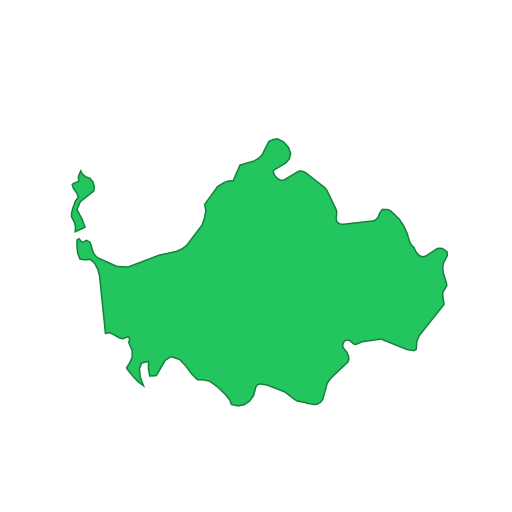 Sassari, Albers equal-area conic projection, rotated 331°
{"feature_id": "ITA-5374", "entity_name": "Sassari", "entity_type": "Province", "adm_level": 1, "iso_a3": "ITA", "parent_name": "Italy", "parent_adm1": "", "projection": "albers", "projection_center": [8.617, 40.716], "detail": "fine", "context": "isolated", "style": "filled", "palette": "green", "viewbox_px": 512, "rotation_deg": 331, "n_neighbors": 0, "source": "natural_earth", "source_scale": "10m", "svg_char_len": 2615}
<svg xmlns="http://www.w3.org/2000/svg" viewBox="0 0 512 512"><g transform="rotate(331 256 256)"><path d="M162.5,374.0L163.3,369.6L162.1,362.4L159.0,352.1L154.8,343.0L150.2,339.0L144.8,335.8L142.5,327.9L141.3,318.3L139.1,309.6L133.0,302.8L125.9,303.3L110.8,312.3L104.8,309.4L107.6,301.8L110.9,296.2L104.1,294.1L99.2,298.3L96.0,306.1L94.7,314.9L92.2,309.5L90.5,303.5L88.6,293.4L88.6,291.0L93.6,288.3L98.4,284.7L101.8,278.9L102.8,269.6L103.6,269.6L104.9,267.7L105.5,265.4L103.9,264.3L100.0,264.0L98.5,263.2L96.8,261.4L92.5,254.3L90.3,251.8L86.8,250.7L109.4,197.8L111.1,191.6L111.4,184.5L109.5,178.7L104.3,176.3L100.5,173.3L101.5,166.7L104.7,159.5L107.4,155.1L109.6,155.1L110.4,159.7L112.6,160.1L115.2,160.0L117.3,163.1L117.1,166.3L115.9,170.9L115.2,176.0L116.4,180.4L129.4,197.8L138.9,203.6L171.7,208.3L188.2,213.3L195.0,213.9L200.7,213.0L223.6,202.9L229.5,197.8L234.2,191.8L236.1,186.0L256.1,176.6L263.4,176.3L268.5,177.1L272.4,179.2L286.1,168.7L300.6,172.0L306.6,171.6L310.3,170.5L322.6,162.2L324.0,162.0L325.1,162.3L326.9,162.3L331.7,163.9L335.4,169.6L337.1,176.9L336.0,183.2L332.2,187.2L327.1,189.1L313.1,189.5L311.9,190.7L311.4,193.2L311.6,195.9L312.4,198.6L313.7,201.0L315.3,202.5L317.2,203.1L334.0,202.5L336.2,203.2L338.1,204.8L339.7,207.0L349.4,229.8L349.8,233.6L348.6,254.6L347.6,257.3L343.7,263.2L343.5,265.8L344.9,268.8L347.6,270.5L376.7,282.6L381.0,281.7L384.9,278.5L389.1,276.5L394.1,279.5L395.8,282.3L399.2,293.3L399.8,301.3L399.2,309.2L397.4,317.4L397.2,321.3L398.2,325.2L398.0,330.3L398.9,334.5L401.1,337.4L404.9,338.4L418.6,337.3L422.5,339.6L425.2,344.8L423.6,348.3L416.2,353.3L413.5,357.0L411.5,361.9L409.4,372.3L408.3,374.6L401.8,378.3L400.2,381.0L397.8,387.6L396.8,389.6L360.1,404.8L355.2,408.7L350.9,415.4L348.3,415.4L342.6,410.9L325.1,389.3L307.4,382.5L300.5,381.8L299.2,380.9L298.6,379.8L297.0,375.6L295.7,374.2L294.2,373.4L292.6,373.3L291.0,373.9L288.0,376.6L288.0,379.8L288.8,383.8L288.4,388.5L286.9,391.7L284.9,393.3L262.3,399.1L256.7,401.7L244.9,413.8L241.5,415.2L237.8,415.3L234.7,414.0L231.4,411.1L230.1,410.5L228.2,408.2L221.9,403.0L220.2,400.2L215.3,388.9L203.2,374.3L197.5,369.9L194.8,369.3L192.4,370.4L186.2,376.9L180.2,379.7L173.9,380.4L167.9,378.6L162.5,374.0ZM128.8,123.3L121.9,128.5L121.8,139.3L120.4,148.0L109.6,147.1L112.0,143.5L113.2,139.9L113.6,136.2L113.6,132.4L115.3,129.3L119.0,125.3L124.7,120.4L129.1,118.4L129.7,113.8L129.1,108.5L129.8,104.5L131.7,104.0L136.9,104.8L138.0,103.2L138.6,101.3L140.2,99.5L144.0,96.6L143.9,99.6L144.5,101.9L145.7,104.5L148.5,107.6L149.3,112.1L148.3,116.8L145.7,120.5L128.8,123.3Z" fill="#22c55e" stroke="#15803d" stroke-width="1.5"/></g></svg>